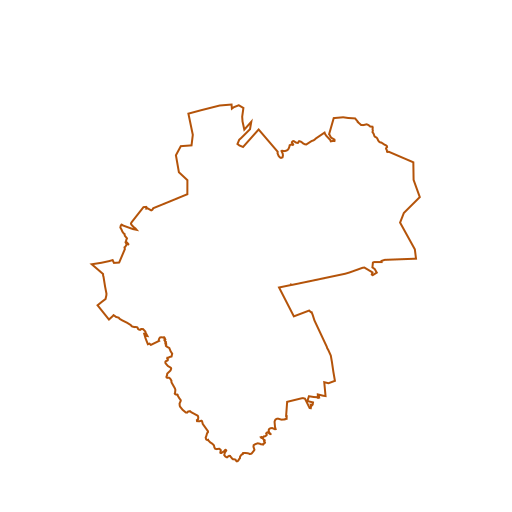 the district of Chicomuselo, Chiapas, Mexico, rotated 130°
{"feature_id": "50627088B18917437048636", "entity_name": "Chicomuselo", "entity_type": "district", "adm_level": 2, "iso_a3": "MEX", "parent_name": "Mexico", "parent_adm1": "Chiapas", "projection": "robinson", "projection_center": [-92.321, 15.794], "detail": "fine", "context": "isolated", "style": "outline", "palette": "amber", "viewbox_px": 512, "rotation_deg": 130, "n_neighbors": 0, "source": "geoboundaries", "source_scale": "gbopen_adm2", "svg_char_len": 6117}
<svg xmlns="http://www.w3.org/2000/svg" viewBox="0 0 512 512"><g transform="rotate(130 256 256)"><path d="M429.5,157.0L429.7,156.6L429.2,155.9L425.7,154.9L424.6,155.0L424.0,154.7L424.0,154.4L424.0,154.0L424.2,153.7L426.5,153.5L428.9,152.4L429.3,150.7L429.1,149.2L428.6,148.6L427.7,148.6L426.3,148.1L425.8,147.3L426.1,146.6L426.2,145.2L426.5,144.6L426.5,143.8L426.5,143.0L425.7,141.9L425.2,140.8L425.4,140.1L425.7,139.4L425.7,138.8L425.0,138.2L423.6,138.1L423.0,138.4L421.3,138.3L420.2,139.1L419.4,139.3L417.5,139.4L416.4,138.8L416.1,138.8L415.9,139.2L415.3,139.3L414.0,137.9L412.5,135.7L411.9,134.5L411.8,133.6L410.8,132.7L410.0,132.4L405.9,132.5L405.4,132.7L403.8,135.3L402.4,136.2L400.6,135.6L398.4,134.3L397.3,132.3L397.2,131.5L395.9,129.4L395.2,129.7L394.7,129.5L394.5,129.2L393.4,129.1L393.0,129.3L392.9,130.5L392.6,130.8L392.4,131.0L391.7,130.8L391.5,131.0L391.7,132.2L391.2,134.1L391.4,134.5L391.9,134.9L391.7,135.8L391.0,135.4L390.5,134.3L389.8,133.9L389.1,134.0L388.2,133.1L387.5,132.9L386.3,132.7L386.0,132.9L385.3,134.2L383.8,134.0L383.4,133.0L383.3,130.6L383.1,130.4L382.8,130.7L382.9,131.8L382.6,132.8L381.4,134.2L380.9,134.5L380.1,134.7L379.1,134.4L378.3,133.9L377.4,133.0L376.5,130.1L376.0,129.7L374.7,131.6L371.1,135.2L369.7,135.8L368.6,135.9L367.5,135.5L366.5,134.7L365.0,131.3L362.6,128.8L361.9,128.8L361.1,127.9L358.9,129.6L359.2,130.1L347.7,138.4L335.7,129.6L334.7,128.7L333.8,126.8L338.0,117.2L337.4,116.2L335.5,117.4L334.8,118.4L334.6,118.0L334.9,117.8L334.4,117.1L333.4,117.5L333.2,117.2L332.4,117.6L332.3,117.4L332.3,117.6L331.5,118.2L334.1,123.4L329.4,125.3L326.7,120.8L324.7,118.2L325.0,117.7L324.6,117.1L324.2,117.5L323.7,116.8L322.6,118.1L323.3,118.8L322.3,119.7L319.9,114.8L318.6,112.7L308.8,122.6L306.9,118.7L300.9,115.3L294.9,122.4L288.4,129.7L284.2,134.7L281.4,140.5L281.4,140.9L281.0,141.5L280.9,142.1L280.0,143.5L267.8,169.8L264.7,174.7L263.3,177.3L263.8,177.9L263.6,180.2L277.9,188.2L265.3,218.1L255.2,210.1L255.1,210.3L254.8,209.7L212.3,176.3L208.7,173.9L196.7,166.9L195.2,165.6L193.7,156.2L195.8,155.4L195.7,154.3L191.1,152.8L189.7,156.6L189.9,159.5L185.9,162.2L184.7,161.6L179.9,155.9L179.1,156.7L176.2,154.9L155.2,131.7L148.8,138.6L137.8,167.1L128.0,170.4L105.6,168.4L96.4,184.2L83.1,195.7L90.8,221.3L91.6,221.8L91.9,222.6L90.9,223.7L90.2,225.4L89.3,225.7L88.3,225.6L87.7,226.3L87.7,228.0L88.1,228.9L88.5,232.9L89.1,233.7L89.3,235.1L89.0,236.6L88.0,238.7L87.8,239.8L88.2,241.5L88.1,242.2L86.7,244.6L86.2,246.4L84.8,247.1L84.0,248.2L82.7,249.0L82.1,249.9L83.4,251.7L83.4,254.0L84.0,255.9L86.6,257.8L88.1,259.7L88.0,261.5L88.0,264.1L87.7,264.2L86.9,268.5L91.1,274.2L93.7,278.4L100.4,285.1L115.7,278.3L115.7,278.0L116.8,275.4L117.0,274.2L116.4,270.7L116.8,270.2L117.5,269.8L118.3,270.9L120.1,272.4L119.4,273.6L118.7,279.6L118.1,281.6L117.4,282.8L127.5,285.7L129.3,285.9L130.5,286.3L132.2,287.3L138.3,289.2L139.1,290.6L139.5,292.5L139.4,293.4L139.6,295.2L140.3,296.8L142.5,296.6L143.4,298.2L143.7,300.8L143.9,301.2L144.5,301.6L145.2,301.7L145.8,301.6L146.1,301.3L146.6,299.2L146.8,299.1L147.3,299.2L147.5,299.9L148.2,300.8L149.5,301.4L151.0,300.6L152.9,300.0L154.0,299.9L155.5,300.3L157.0,301.3L157.8,302.2L158.6,303.7L159.2,303.9L160.5,301.2L161.8,299.9L163.4,299.1L164.8,299.9L165.1,301.1L164.8,303.0L163.5,305.5L162.2,306.4L157.4,335.3L180.8,336.0L182.0,339.8L182.1,342.2L177.7,343.6L175.2,343.2L162.7,342.1L156.2,345.9L166.7,346.2L161.6,352.8L158.2,356.1L150.7,360.8L151.6,366.1L156.4,368.7L158.6,369.2L155.7,372.1L164.0,380.5L179.8,391.9L190.4,399.3L203.8,382.3L212.7,376.5L220.2,384.2L230.3,382.1L241.4,368.9L242.0,357.3L252.8,348.3L285.4,365.4L286.1,365.4L286.7,365.1L287.8,365.3L288.4,365.6L289.1,369.4L289.5,369.9L290.0,370.2L290.2,370.5L289.4,370.7L289.1,370.9L288.9,371.6L290.9,373.6L309.8,373.0L311.2,372.8L311.7,372.5L312.1,371.5L312.5,368.4L312.4,366.0L312.7,364.3L314.5,367.6L318.2,377.7L318.1,378.2L318.4,379.2L319.7,379.1L321.4,378.2L322.2,376.0L323.2,374.1L323.8,371.7L323.6,370.9L324.8,369.5L325.4,366.2L327.3,365.6L328.7,364.8L328.8,364.4L328.6,363.5L329.1,360.6L329.9,363.4L330.2,362.7L331.2,362.3L332.9,362.1L333.9,362.3L335.0,360.9L348.7,356.7L349.1,356.7L352.6,360.4L351.3,363.2L354.3,365.2L360.6,370.1L367.9,376.5L368.1,361.6L369.4,360.4L369.9,359.5L376.4,352.0L381.0,346.3L382.4,345.3L385.7,343.6L390.0,344.6L395.6,345.7L399.2,327.8L394.0,327.1L392.9,327.1L392.7,325.4L392.7,324.2L391.5,321.5L391.8,320.1L391.3,317.1L390.0,311.8L389.4,307.5L389.7,306.1L389.6,305.6L388.6,303.4L388.2,303.2L387.0,301.3L387.0,300.7L387.7,299.5L387.5,298.0L386.8,297.1L385.8,297.1L384.6,295.6L385.0,292.2L385.7,291.3L387.1,287.7L387.9,289.0L386.7,291.0L387.4,291.7L390.0,287.8L393.1,282.1L391.6,281.3L391.7,279.4L383.4,275.7L383.3,277.0L383.2,276.6L382.8,276.6L381.2,277.1L380.0,277.1L379.1,276.3L378.2,274.9L377.4,274.3L378.0,273.3L377.6,273.1L378.2,271.9L378.7,272.1L378.9,271.7L379.4,271.9L380.0,270.3L380.6,269.8L380.2,269.6L380.8,269.2L380.5,269.0L381.0,268.4L381.4,268.6L382.0,268.0L381.6,267.9L382.8,266.7L382.7,265.5L382.2,263.3L383.9,260.1L384.7,257.4L387.3,256.1L389.2,257.5L389.9,257.5L390.5,257.8L390.9,258.5L391.5,258.3L392.2,256.7L392.9,256.6L393.6,256.9L394.6,257.5L395.3,257.4L395.8,257.0L396.3,256.4L396.7,254.1L396.9,252.8L396.4,249.8L396.4,249.2L396.9,248.5L398.7,247.9L403.1,248.4L403.9,248.0L404.4,247.5L405.9,247.1L406.5,246.5L406.4,245.7L405.2,244.5L405.1,243.5L405.2,242.6L405.9,240.6L406.8,239.9L407.2,239.3L409.6,232.9L410.4,231.7L412.9,230.0L413.6,229.8L413.8,229.1L413.5,228.1L412.7,227.2L412.7,226.8L413.3,226.1L414.3,223.2L414.7,221.3L415.0,220.8L415.5,220.5L418.2,219.7L419.7,218.2L420.2,217.4L421.0,213.4L421.0,209.1L420.2,208.1L418.6,208.0L417.9,207.1L417.3,206.9L417.3,205.2L415.8,197.9L416.6,196.6L418.2,195.5L419.7,195.8L420.4,195.0L419.0,193.1L417.3,192.0L417.2,191.2L418.9,188.8L421.1,180.2L421.7,179.6L422.1,179.5L422.4,179.7L423.8,179.3L425.5,178.5L427.5,177.8L428.5,176.3L428.5,175.7L428.0,174.7L427.6,174.5L428.0,173.9L428.0,173.0L428.2,171.3L427.9,169.0L428.0,167.4L428.1,166.5L429.4,164.8L429.9,163.4L429.3,162.1L427.3,160.3L427.2,159.1L427.3,158.4L427.4,158.1L429.5,157.0Z" fill="none" stroke="#b45309" stroke-width="2"/></g></svg>